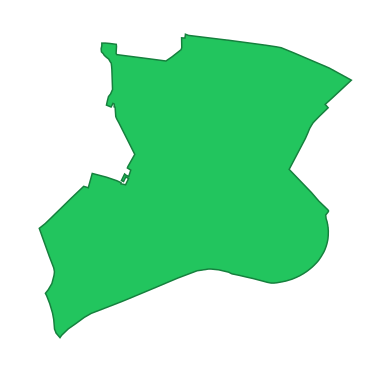 the district of Al Azbakiyya, Al Qahirah, Egypt, rotated 185°
{"feature_id": "37247803B6267278220516", "entity_name": "Al Azbakiyya", "entity_type": "district", "adm_level": 2, "iso_a3": "EGY", "parent_name": "Egypt", "parent_adm1": "Al Qahirah", "projection": "albers", "projection_center": [31.246, 30.06], "detail": "fine", "context": "isolated", "style": "filled", "palette": "green", "viewbox_px": 384, "rotation_deg": 185, "n_neighbors": 0, "source": "geoboundaries", "source_scale": "gbopen_adm2", "svg_char_len": 2844}
<svg xmlns="http://www.w3.org/2000/svg" viewBox="0 0 384 384"><g transform="rotate(185 192 192)"><path d="M212.3,348.6L212.3,347.5L212.5,344.7L213.5,344.7L215.8,344.7L214.8,335.1L215.0,333.9L215.3,332.8L223.6,325.0L229.4,320.2L230.3,320.3L231.2,320.3L247.0,321.0L276.5,322.2L278.9,322.3L279.7,323.4L279.9,330.4L280.1,331.4L280.3,332.5L286.8,332.8L288.9,332.8L291.1,332.8L294.8,332.5L294.6,330.1L294.7,328.8L294.8,328.3L295.0,326.7L294.4,323.7L292.5,322.1L291.5,320.7L290.3,319.7L288.8,318.6L286.6,317.2L285.0,314.9L284.4,314.1L283.7,313.3L283.0,310.0L282.7,308.1L282.6,307.8L282.3,305.4L280.1,287.2L281.7,282.5L282.8,280.9L283.5,279.8L284.2,275.7L284.5,273.4L284.8,271.1L280.0,269.6L279.4,271.0L278.5,273.4L277.1,272.8L277.0,270.0L276.0,269.8L274.6,261.0L274.5,260.5L273.9,259.3L273.3,258.2L270.9,254.6L258.4,234.4L252.3,224.5L258.1,211.7L258.5,210.3L256.7,209.4L254.9,208.5L256.4,202.0L258.1,202.6L258.9,202.8L260.7,204.1L263.3,197.3L261.1,196.4L259.3,201.1L258.5,200.8L256.4,199.9L258.8,193.4L263.6,194.0L263.5,195.1L267.9,196.7L278.4,199.3L280.1,199.6L281.9,199.9L293.0,201.8L295.7,187.2L300.4,188.2L311.6,175.5L322.3,163.0L335.5,147.7L341.0,142.5L328.7,115.8L323.1,104.3L322.1,100.7L322.1,98.8L322.2,96.9L323.6,88.6L326.7,82.1L328.0,80.1L329.2,78.3L327.7,75.9L324.0,68.4L320.4,59.3L318.6,52.8L317.0,43.4L316.0,41.5L315.1,39.6L310.8,35.4L310.2,36.5L309.3,38.0L303.2,45.0L295.8,51.2L288.4,57.7L281.8,62.3L252.1,76.9L229.3,88.8L198.5,105.1L190.6,108.9L180.0,114.0L175.2,115.1L173.5,115.6L172.3,115.8L169.3,116.6L167.9,116.8L166.6,116.9L158.6,116.8L148.4,115.3L146.3,114.4L144.9,113.9L143.7,113.8L137.8,113.1L131.0,112.1L123.5,111.1L113.6,109.4L111.4,109.0L109.2,108.6L105.4,108.2L102.6,108.4L99.5,109.0L94.0,110.5L92.8,110.9L91.7,111.2L90.7,111.5L89.7,111.9L88.7,112.3L87.7,112.7L86.7,113.1L85.7,113.5L84.7,113.9L83.8,114.4L82.8,114.9L81.9,115.4L80.9,115.9L80.0,116.4L79.1,117.0L78.1,117.5L77.2,118.1L76.3,118.7L75.5,119.3L74.6,119.9L73.7,120.5L72.9,121.2L72.0,121.9L71.2,122.5L70.4,123.2L69.6,123.9L68.8,124.7L68.0,125.4L67.2,126.2L66.5,126.9L65.7,127.7L65.0,128.5L64.3,129.3L63.6,130.1L62.9,131.0L62.2,131.8L61.6,132.6L60.9,133.5L60.3,134.4L59.7,135.3L57.6,139.1L55.4,143.8L54.9,145.2L54.4,146.7L54.0,148.2L53.6,149.7L53.3,151.2L53.0,152.8L52.8,154.3L52.6,155.9L52.5,157.4L52.5,159.0L52.5,160.6L52.6,162.1L52.7,163.6L52.8,165.2L53.1,166.7L53.3,168.3L53.7,169.8L54.0,171.3L54.5,172.8L54.7,173.7L54.9,174.3L55.5,175.7L56.1,177.2L56.8,180.7L55.7,182.4L54.7,183.9L54.3,185.0L55.0,186.0L64.9,194.0L73.0,201.9L97.2,223.0L83.7,255.2L81.7,261.1L81.0,263.4L80.3,265.6L78.6,269.2L77.4,271.5L75.6,273.8L71.5,278.8L63.7,287.8L65.4,289.4L67.0,290.9L61.1,297.2L43.0,317.3L66.2,327.5L102.5,339.4L115.7,343.5L120.7,344.0L132.0,344.7L133.1,344.7L134.1,344.8L165.1,346.2L209.1,347.7L212.3,348.6Z" fill="#22c55e" stroke="#15803d" stroke-width="1.5"/></g></svg>